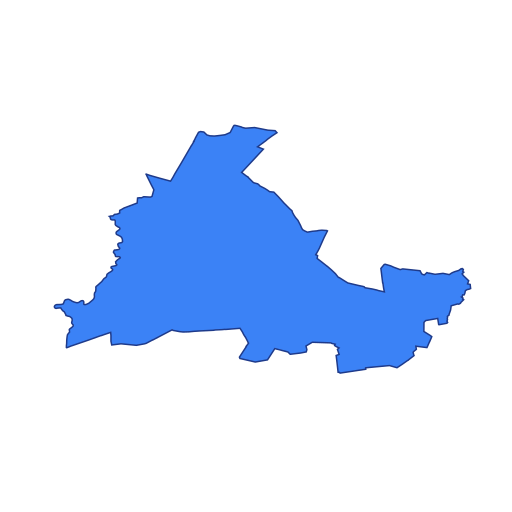 outline of Galēnu pag., Riebinu, Latvia, rotated 171°
{"feature_id": "27541924B64203251765316", "entity_name": "Galēnu pag.", "entity_type": "district", "adm_level": 2, "iso_a3": "LVA", "parent_name": "Latvia", "parent_adm1": "Riebinu", "projection": "equal_earth", "projection_center": [26.866, 56.452], "detail": "fine", "context": "isolated", "style": "filled", "palette": "blue", "viewbox_px": 512, "rotation_deg": 171, "n_neighbors": 0, "source": "geoboundaries", "source_scale": "gbopen_adm2", "svg_char_len": 6035}
<svg xmlns="http://www.w3.org/2000/svg" viewBox="0 0 512 512"><g transform="rotate(171 256 256)"><path d="M457.3,195.0L456.9,195.1L454.5,195.6L453.4,195.9L441.3,198.0L434.4,199.2L421.9,201.6L421.2,201.6L418.0,202.2L411.5,203.3L411.7,200.1L412.6,194.5L412.4,190.7L403.1,190.4L388.1,186.5L379.9,186.7L378.2,186.9L373.8,188.4L371.2,189.3L371.1,189.2L350.4,196.2L349.6,195.5L349.3,195.4L343.1,193.2L340.1,192.4L338.8,192.2L334.1,191.6L328.9,191.3L322.5,190.7L309.8,189.3L308.7,189.3L307.5,189.3L301.3,188.6L298.2,188.4L297.4,188.2L283.1,187.1L281.4,183.3L280.4,180.2L279.3,177.7L279.2,177.7L277.7,173.2L277.4,172.0L277.0,171.1L278.8,169.3L279.8,168.4L279.7,168.3L279.8,168.0L288.2,158.7L287.9,157.3L273.3,151.4L260.9,151.6L251.9,161.6L239.5,156.2L237.6,153.6L227.1,153.2L221.4,153.4L220.4,155.5L220.7,159.3L213.9,162.0L195.7,158.5L194.8,157.8L191.6,156.5L192.3,155.7L192.4,155.3L191.2,154.2L188.4,152.2L190.2,151.0L189.3,145.8L192.4,145.2L192.6,139.1L193.1,128.3L191.7,128.0L191.3,127.2L165.3,127.0L165.2,128.4L161.3,128.2L141.3,126.9L134.2,123.6L128.7,126.1L122.6,129.1L122.0,129.2L121.7,129.5L115.5,132.9L115.6,133.2L115.9,136.1L115.5,136.8L112.2,138.8L112.2,141.9L101.5,138.8L101.4,138.9L98.0,144.2L97.9,144.2L95.5,148.0L95.0,148.9L96.5,150.4L102.0,155.2L100.5,164.1L100.0,164.6L98.5,165.7L86.3,165.9L86.3,159.7L85.9,159.5L78.0,159.7L77.1,160.4L77.6,161.8L76.8,163.2L77.0,164.0L76.5,165.1L76.4,166.5L74.6,167.4L74.4,168.2L72.3,172.1L71.0,176.3L64.5,177.1L63.2,176.7L61.5,177.3L61.5,177.5L60.6,178.3L57.8,180.3L58.7,181.0L58.1,182.0L59.4,183.3L58.7,183.4L58.3,184.8L58.0,185.3L56.6,185.0L55.7,186.2L54.6,189.0L52.7,189.8L50.7,189.9L49.1,190.3L48.9,194.4L51.4,195.4L49.8,198.3L54.2,204.1L55.2,206.1L53.3,207.5L54.2,208.3L53.3,210.3L54.0,211.1L54.2,211.3L54.7,211.0L55.3,211.4L58.1,210.0L61.8,209.5L63.7,209.1L65.4,208.6L68.0,207.4L74.0,209.6L82.0,209.9L87.6,212.0L87.8,211.8L89.8,212.9L92.6,211.0L93.9,211.5L95.2,212.5L96.3,215.8L113.1,220.3L115.7,220.0L121.6,223.3L124.5,225.2L129.8,227.7L130.6,227.5L130.8,227.5L134.6,224.2L135.1,209.7L135.0,209.2L134.9,209.2L135.0,204.2L134.8,200.5L140.5,202.7L142.0,203.5L146.2,205.2L153.3,207.6L154.0,208.7L155.3,209.3L159.5,210.9L169.0,214.8L169.5,215.0L172.2,217.3L177.2,221.7L177.7,221.9L177.9,221.9L178.9,223.6L180.3,226.1L183.7,230.5L187.3,234.8L187.6,234.9L187.7,235.1L192.2,240.0L196.0,244.0L195.1,246.8L196.8,247.9L193.8,251.6L192.2,253.8L185.7,263.8L181.5,269.6L182.1,270.1L187.0,271.2L190.1,271.4L191.9,271.3L196.5,271.6L201.5,271.5L204.2,273.3L205.9,274.8L206.7,277.0L207.2,279.1L209.0,284.6L211.0,287.9L212.1,290.3L213.1,293.1L213.4,295.1L215.2,297.2L220.2,304.1L221.4,306.0L224.7,311.1L228.4,316.3L232.5,317.4L234.4,319.3L236.8,321.4L241.2,324.6L241.8,325.6L243.0,327.0L246.4,328.5L247.4,329.3L251.7,335.3L251.7,335.6L252.0,335.7L252.8,336.3L257.1,340.8L246.7,348.9L232.0,360.4L237.4,363.6L228.3,368.3L226.2,369.6L221.5,372.0L216.0,374.5L217.5,376.8L224.5,378.4L237.3,383.1L245.7,383.8L246.5,383.9L249.6,385.2L250.2,385.7L254.2,387.5L256.2,388.3L256.9,388.4L257.2,388.4L258.0,387.7L262.2,382.0L267.6,380.6L272.3,380.7L277.0,380.9L278.4,381.0L282.7,381.9L285.5,383.2L288.1,386.6L291.3,387.6L293.4,387.2L297.2,382.3L298.1,380.9L299.6,379.0L299.3,378.9L302.4,375.2L302.5,375.2L315.1,359.7L323.2,350.0L325.8,346.6L327.7,344.4L328.7,343.3L339.6,348.2L348.4,352.3L351.7,354.1L351.8,354.0L351.6,353.7L351.2,352.0L348.3,342.7L348.1,342.1L346.6,337.7L346.6,337.2L349.4,331.1L351.1,330.7L357.6,332.1L358.0,332.0L359.9,331.4L362.3,331.8L363.9,331.8L364.0,331.4L365.1,326.9L378.7,324.1L381.8,322.9L383.4,322.4L383.6,322.0L383.9,319.8L386.5,319.1L389.3,319.2L390.9,318.0L393.2,318.2L393.7,318.2L393.9,318.0L394.6,318.0L394.1,317.4L393.9,316.5L393.9,315.6L393.8,315.1L393.5,314.7L392.8,314.3L392.2,314.1L390.4,313.8L390.0,313.7L389.8,313.5L389.6,312.9L389.6,312.0L390.1,309.3L390.0,308.9L389.7,308.2L389.1,307.6L388.1,306.6L387.3,306.0L386.6,305.6L386.2,305.0L386.1,304.4L386.3,303.9L387.4,303.1L389.8,301.9L390.3,301.4L390.6,300.7L390.6,300.0L390.4,299.2L390.0,298.9L387.2,296.9L386.4,296.1L386.0,295.6L385.5,294.2L385.4,293.5L385.5,291.3L385.6,291.0L386.3,290.4L387.1,290.2L389.2,290.2L390.1,289.8L390.5,289.5L390.7,289.1L390.5,287.1L390.1,286.3L389.6,285.6L389.4,285.2L389.4,284.8L389.7,284.4L390.3,284.0L391.3,283.9L394.0,283.9L394.9,284.0L395.7,283.1L396.0,282.7L396.2,281.8L394.9,279.4L394.9,278.1L394.7,277.6L394.5,277.4L394.3,277.3L392.1,276.9L391.0,276.6L390.6,276.2L390.3,275.7L390.5,275.3L390.7,275.1L391.2,274.9L391.9,274.6L393.4,273.9L395.6,272.2L395.5,271.8L395.6,271.4L395.6,270.5L395.3,269.9L394.9,269.5L394.8,269.2L395.0,268.8L395.3,268.6L396.0,268.4L399.6,268.2L400.5,268.1L400.9,267.7L401.0,267.4L401.0,266.9L400.9,266.6L400.0,265.7L399.7,265.2L399.8,264.7L400.0,264.3L401.2,263.5L404.0,262.4L405.8,261.4L406.1,261.1L406.9,259.1L407.3,258.6L408.9,257.8L409.6,257.5L410.9,256.3L412.4,254.8L413.9,253.9L416.5,252.2L418.0,251.3L418.8,250.8L419.1,250.2L419.2,248.9L419.8,246.5L420.1,245.9L421.2,244.8L421.5,244.0L421.8,242.8L421.9,241.3L422.1,240.6L422.7,239.4L423.2,238.9L424.2,238.1L428.5,235.5L431.0,234.8L432.3,234.7L432.9,234.8L433.5,235.1L433.6,235.5L433.4,236.7L433.3,237.3L433.3,237.8L433.5,238.5L433.8,238.8L434.5,239.1L435.5,239.1L435.9,239.0L436.8,238.6L438.2,237.9L439.3,237.8L440.1,237.8L441.6,238.4L443.2,239.2L444.5,240.0L446.1,241.4L447.4,242.3L448.0,242.6L448.5,242.7L450.7,242.6L451.5,242.3L452.1,241.8L453.5,239.4L454.0,238.8L456.0,238.6L460.6,239.2L461.1,239.1L462.0,238.8L462.7,238.2L463.0,237.8L463.1,237.3L463.0,236.6L462.8,236.3L462.2,235.7L461.3,235.5L459.8,235.6L459.2,235.5L457.6,235.4L456.9,235.2L456.7,234.5L455.6,232.4L455.0,231.7L454.1,230.9L452.9,227.4L453.0,227.0L452.4,226.7L451.6,226.2L449.7,225.5L448.9,224.9L447.7,223.4L447.5,222.5L447.6,221.3L448.5,219.0L448.4,218.2L447.4,216.6L447.4,216.4L447.4,216.0L447.7,215.3L448.3,214.8L449.1,214.3L451.5,213.0L451.9,212.6L452.0,210.6L452.1,209.9L453.4,208.9L454.6,207.6L455.3,205.5L456.1,202.5L456.8,198.8L457.2,197.5L457.6,195.3L457.3,195.0Z" fill="#3b82f6" stroke="#1e3a8a" stroke-width="1.5"/></g></svg>